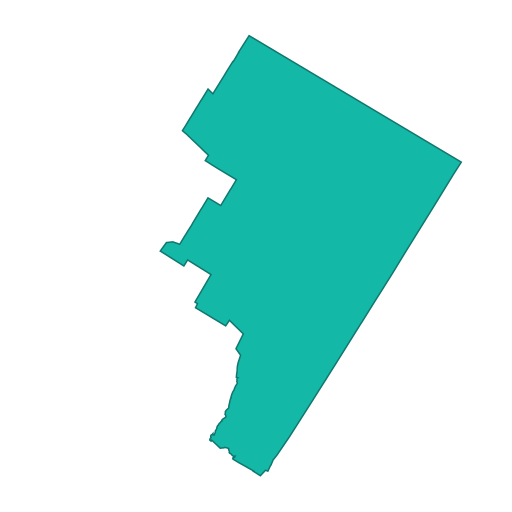 the district of Pocho, Córdoba, Argentina, rotated 121°
{"feature_id": "61730980B20468593076410", "entity_name": "Pocho", "entity_type": "district", "adm_level": 2, "iso_a3": "ARG", "parent_name": "Argentina", "parent_adm1": "Córdoba", "projection": "robinson", "projection_center": [-65.259, -31.51], "detail": "fine", "context": "isolated", "style": "filled", "palette": "teal", "viewbox_px": 512, "rotation_deg": 121, "n_neighbors": 0, "source": "geoboundaries", "source_scale": "gbopen_adm2", "svg_char_len": 5743}
<svg xmlns="http://www.w3.org/2000/svg" viewBox="0 0 512 512"><g transform="rotate(121 256 256)"><path d="M69.8,128.4L70.7,375.4L71.0,375.4L90.2,375.9L90.2,375.7L101.0,375.6L101.1,376.0L112.0,376.2L114.5,376.2L119.0,376.2L130.9,376.4L139.2,376.5L137.6,383.1L140.5,383.1L149.8,383.2L151.4,383.3L152.9,383.3L153.4,383.3L154.4,383.3L155.8,383.3L156.3,383.3L157.2,383.3L159.6,383.4L161.0,383.4L162.8,383.4L164.4,383.4L164.8,383.4L165.3,383.4L166.2,383.4L166.3,383.4L167.9,383.4L170.0,383.4L170.5,383.4L171.9,383.5L172.8,383.5L174.7,383.5L176.1,383.5L177.5,383.5L179.0,383.5L179.5,383.5L180.4,383.5L180.9,383.5L182.4,383.5L182.9,383.5L183.4,383.6L184.9,383.6L185.9,383.6L186.4,383.6L186.5,383.6L186.6,383.0L186.8,381.8L187.1,380.0L187.2,379.0L187.3,378.5L187.5,377.5L187.6,377.0L187.9,376.1L188.1,375.1L188.2,374.7L188.4,373.7L188.6,372.8L188.9,371.7L189.2,370.3L189.3,369.9L189.5,369.0L190.0,366.7L190.5,364.4L191.0,362.2L191.4,360.4L191.5,359.9L191.7,359.0L192.2,357.2L192.7,354.9L193.2,352.7L193.7,350.4L193.8,350.0L194.0,349.0L194.1,348.6L194.7,348.6L195.1,348.6L196.1,348.6L198.0,348.6L198.5,348.6L199.4,348.6L200.4,348.6L200.4,347.6L200.4,347.1L200.4,345.6L200.5,343.6L200.5,343.2L200.5,342.3L200.6,340.9L200.6,339.4L200.6,338.9L200.6,337.9L200.7,333.7L200.7,332.3L200.7,331.8L200.7,330.9L200.7,329.9L200.7,329.4L200.7,328.4L200.7,327.5L200.7,327.0L200.7,326.0L200.7,325.6L200.7,324.6L200.7,323.6L200.7,323.2L200.7,322.2L200.7,321.7L200.7,321.3L200.7,320.3L200.7,319.8L200.7,318.9L200.7,316.5L200.7,316.3L200.7,313.0L200.7,312.6L200.7,312.1L201.2,312.1L202.2,312.1L202.6,312.1L203.6,312.1L205.6,312.1L208.0,312.1L209.0,312.1L210.9,312.1L211.3,312.1L212.3,312.2L212.8,312.2L214.2,312.2L214.7,312.2L215.6,312.2L216.1,312.2L217.5,312.2L218.0,312.2L218.5,312.2L221.0,312.2L222.4,312.2L223.9,312.2L225.7,312.2L226.3,312.2L228.1,312.2L228.6,312.2L229.1,312.2L230.9,312.2L230.9,313.2L230.9,313.7L230.9,314.7L230.9,315.2L230.9,316.3L230.9,316.8L230.9,317.3L230.9,317.8L230.9,319.8L230.9,323.6L230.9,324.2L230.9,325.1L230.9,325.6L230.9,327.1L232.7,327.1L234.6,327.1L236.4,327.1L238.3,327.1L240.1,327.1L242.0,327.1L244.3,327.2L246.1,327.2L246.6,327.2L247.5,327.2L248.9,327.2L251.5,327.2L252.0,327.2L252.5,327.2L253.4,327.2L254.3,327.2L254.8,327.2L255.7,327.2L257.6,327.2L258.1,327.2L259.0,327.2L260.4,327.2L262.2,327.1L262.7,327.1L264.3,327.1L266.0,327.2L267.4,327.2L269.0,327.3L269.5,327.3L270.0,327.3L270.4,327.3L271.4,327.3L272.3,327.3L272.8,327.3L273.7,327.3L274.2,327.3L275.6,327.4L276.0,327.4L277.4,327.4L277.9,327.4L279.3,327.4L279.7,327.4L281.1,327.4L281.6,327.4L282.5,327.4L283.0,327.4L283.5,327.4L284.9,327.5L285.3,327.5L285.7,329.9L286.2,332.1L286.7,334.6L290.6,339.7L298.5,340.4L301.1,340.6L301.5,321.1L301.7,312.7L294.6,312.6L295.1,285.0L326.9,284.6L327.0,281.6L331.5,281.2L331.5,260.6L331.5,257.1L331.5,246.0L327.5,245.8L324.8,245.7L328.8,228.9L329.2,226.8L345.8,225.4L349.0,218.1L356.9,216.3L359.5,215.4L360.9,214.8L361.3,214.6L363.0,213.7L363.8,213.2L364.3,213.0L365.1,212.6L366.2,212.2L366.8,211.9L367.3,211.7L368.2,211.3L370.1,210.4L370.0,209.7L369.8,209.1L369.7,208.9L370.4,209.1L370.9,209.0L371.4,208.9L372.0,208.6L372.6,208.0L372.7,207.9L372.8,207.9L373.1,207.9L373.3,207.9L373.5,207.8L373.8,207.4L374.2,206.9L374.6,206.6L374.8,206.4L376.2,206.5L377.1,206.5L377.6,206.5L378.0,206.6L378.5,206.5L379.1,206.4L380.1,206.3L382.1,205.9L383.1,205.8L383.5,205.9L383.9,205.9L384.1,205.9L386.5,205.6L387.9,205.3L388.4,205.2L389.3,204.9L390.2,204.7L390.4,204.2L391.2,204.2L391.7,204.3L394.0,203.6L394.5,203.4L395.4,203.1L397.2,202.5L397.7,202.4L398.2,202.2L400.2,201.2L401.2,201.4L403.2,202.0L404.4,202.1L405.4,202.1L406.0,201.6L407.0,201.2L407.6,201.1L407.7,200.6L407.8,200.3L408.2,200.1L408.7,199.4L408.9,199.2L409.4,198.9L409.6,198.9L410.3,199.3L410.8,199.4L411.2,199.6L411.8,200.0L412.3,200.2L412.4,200.3L412.8,200.4L413.4,200.5L414.0,200.6L414.3,200.8L414.9,200.5L415.1,200.2L415.5,200.5L416.0,200.8L416.5,200.8L416.9,200.8L417.3,200.8L418.0,201.2L418.5,201.3L418.9,201.2L419.3,201.3L419.8,201.3L420.4,201.3L420.8,201.3L421.0,201.4L421.2,201.5L421.5,201.5L422.5,201.4L423.2,201.2L423.7,200.9L424.0,200.8L424.8,200.7L425.0,200.7L425.5,200.7L426.1,200.7L426.3,200.8L426.5,200.8L426.9,200.8L427.8,200.2L428.6,200.0L429.3,199.9L430.1,199.9L430.7,199.7L430.8,199.6L431.2,199.8L431.5,200.7L431.6,201.1L431.3,201.2L430.7,201.4L430.5,201.5L431.6,201.7L432.2,202.1L432.6,202.2L433.4,202.2L434.0,201.8L434.4,201.7L434.8,201.6L434.9,201.8L434.9,201.1L435.4,201.2L435.9,201.2L436.0,201.2L436.4,201.2L436.8,201.2L437.6,200.8L437.6,200.4L437.8,199.9L437.8,199.5L437.8,199.3L437.8,199.1L436.6,199.1L437.1,197.1L438.3,191.5L439.2,187.6L438.8,187.1L438.4,186.7L437.6,185.7L437.1,184.8L436.5,184.6L436.3,184.3L436.3,184.1L436.1,183.8L435.8,183.3L435.5,182.4L435.5,182.0L435.3,181.4L435.1,180.9L435.1,180.7L435.2,180.2L435.5,180.0L436.2,179.7L436.5,179.2L436.9,178.5L437.0,178.4L437.3,178.2L437.9,177.9L438.3,177.7L438.5,177.4L438.6,177.2L438.6,176.6L438.5,176.0L438.5,175.5L438.6,175.1L438.9,174.6L439.0,174.0L439.2,173.5L439.3,173.1L439.1,172.1L438.9,171.8L438.8,171.4L438.6,171.0L438.5,170.9L438.8,170.9L439.1,170.7L439.4,170.7L439.7,170.9L440.1,171.0L440.4,171.2L440.5,171.6L440.8,171.8L441.1,171.8L441.8,171.4L441.9,171.1L442.0,170.9L442.0,164.7L441.7,155.2L441.7,154.7L441.7,154.3L441.5,147.7L441.5,147.2L441.9,147.4L442.1,139.1L434.8,137.5L434.5,136.1L434.3,135.0L428.7,135.6L427.3,135.5L422.1,136.3L416.0,135.5L393.4,134.2L393.0,134.2L350.9,133.1L328.6,132.6L326.0,132.5L324.3,132.5L314.1,132.3L306.2,132.1L305.6,132.1L260.6,131.3L258.7,131.2L239.9,130.9L229.3,130.7L225.9,130.6L201.9,130.1L174.1,129.9L161.0,129.7L152.9,129.6L140.0,129.4L118.4,129.1L84.4,128.8L70.2,128.4L69.8,128.4Z" fill="#14b8a6" stroke="#0f766e" stroke-width="1.5"/></g></svg>